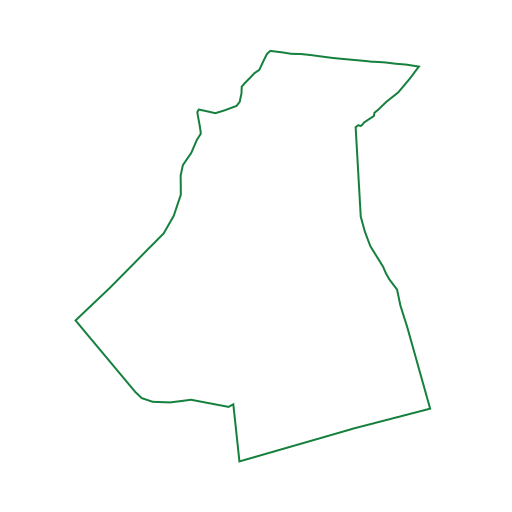 Galabat Ash-Shargiah, Gedarif, Sudan, rotated 262°
{"feature_id": "16777658B9065455828294", "entity_name": "Galabat Ash-Shargiah", "entity_type": "district", "adm_level": 2, "iso_a3": "SDN", "parent_name": "Sudan", "parent_adm1": "Gedarif", "projection": "robinson", "projection_center": [35.988, 13.403], "detail": "fine", "context": "isolated", "style": "outline", "palette": "green", "viewbox_px": 512, "rotation_deg": 262, "n_neighbors": 0, "source": "geoboundaries", "source_scale": "gbopen_adm2", "svg_char_len": 1276}
<svg xmlns="http://www.w3.org/2000/svg" viewBox="0 0 512 512"><g transform="rotate(262 256 256)"><path d="M80.6,407.2L163.6,396.0L186.9,392.1L203.2,391.0L208.5,388.0L214.3,384.8L220.6,382.3L227.8,380.3L249.8,370.6L264.9,367.2L280.5,365.2L292.1,366.2L292.4,366.2L369.7,372.6L371.3,375.6L370.2,377.6L370.8,379.1L373.2,381.6L376.5,388.5L378.2,392.2L381.3,393.2L384.1,397.7L390.6,406.6L398.2,419.6L410.7,433.5L418.6,441.3L420.9,443.7L424.6,431.5L427.0,420.9L429.9,410.1L432.1,399.0L432.3,397.5L433.9,391.4L436.9,378.6L441.4,359.6L447.8,336.5L449.8,328.4L451.3,319.1L453.9,310.7L457.1,298.7L454.6,295.0L448.2,290.6L439.9,285.2L437.1,279.6L433.5,275.2L428.5,268.6L425.6,265.4L419.2,264.3L410.9,261.3L407.3,257.5L405.2,247.8L404.6,245.2L403.8,240.2L403.1,235.6L406.1,227.7L409.0,219.7L406.8,218.0L405.0,217.9L392.3,218.4L389.9,218.4L387.0,218.5L384.7,218.3L383.3,217.1L379.1,213.5L369.0,207.4L367.1,206.2L363.5,202.9L356.1,196.2L346.2,192.6L338.7,191.6L335.2,191.2L332.1,190.7L327.2,190.1L307.2,180.1L291.2,167.7L286.9,162.0L283.1,157.1L277.9,150.1L265.5,134.0L244.7,106.7L217.3,68.3L138.2,117.5L131.2,123.0L126.0,133.4L123.0,150.3L122.8,159.9L122.7,171.6L110.4,207.8L112.3,212.9L54.9,211.0L68.3,305.6L71.7,329.4L80.6,407.2Z" fill="none" stroke="#15803d" stroke-width="2"/></g></svg>